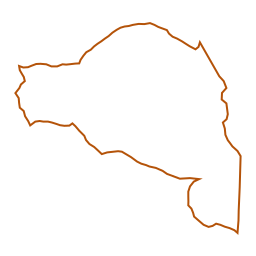 Remígio, Paraíba, Brazil
{"feature_id": "56859067B40752085564557", "entity_name": "Remígio", "entity_type": "district", "adm_level": 2, "iso_a3": "BRA", "parent_name": "Brazil", "parent_adm1": "Paraíba", "projection": "mercator", "projection_center": [-35.861, -6.94], "detail": "fine", "context": "isolated", "style": "outline", "palette": "amber", "viewbox_px": 256, "rotation_deg": 0, "n_neighbors": 0, "source": "geoboundaries", "source_scale": "gbopen_adm2", "svg_char_len": 1612}
<svg xmlns="http://www.w3.org/2000/svg" viewBox="0 0 256 256"><path d="M15.4,93.1L18.7,98.1L19.1,102.9L19.8,107.7L23.7,111.0L25.1,116.3L28.2,121.1L30.2,125.4L35.3,121.6L39.7,121.0L43.3,121.6L48.0,121.6L51.8,122.5L56.6,124.0L60.0,125.2L64.4,125.8L69.4,125.6L72.4,123.4L75.4,126.2L79.3,130.8L84.3,135.8L86.0,140.0L89.4,144.0L94.2,147.0L98.1,150.6L101.8,154.1L107.2,152.4L112.7,151.8L118.1,151.2L121.9,151.7L131.0,157.1L137.1,161.6L141.3,163.7L146.1,165.1L149.4,166.5L155.8,167.9L162.7,170.9L167.0,173.9L179.9,178.7L190.0,178.1L199.1,179.1L193.8,181.6L190.0,186.4L188.3,191.6L188.3,196.5L188.4,201.4L188.3,205.4L191.4,208.6L193.1,212.8L194.1,216.6L198.7,220.6L203.6,224.8L208.6,226.9L212.6,225.9L216.1,223.7L220.3,224.8L224.8,226.7L229.6,228.1L234.4,230.2L237.5,232.9L238.5,220.4L238.7,210.4L239.7,187.3L240.3,166.5L240.6,156.1L237.5,151.0L232.4,146.4L230.1,143.2L227.8,140.2L225.4,134.8L224.8,128.5L222.9,122.5L226.6,119.2L227.8,114.2L227.2,109.6L226.4,103.4L221.7,99.5L222.0,92.9L226.4,88.0L223.7,81.1L219.3,76.3L199.9,42.3L198.5,46.9L195.5,49.3L189.6,46.2L185.5,43.6L182.1,41.4L177.1,38.6L172.6,36.7L169.0,33.6L166.9,30.1L162.5,28.5L158.2,26.9L154.5,24.9L150.0,23.1L144.3,24.1L138.7,23.9L132.8,24.9L128.8,26.0L124.6,26.5L120.5,27.7L116.7,29.8L112.4,32.7L108.6,36.1L104.9,38.6L101.3,41.3L97.5,43.8L94.1,46.4L90.8,49.7L86.3,52.2L83.5,55.6L80.6,59.8L79.2,63.4L75.2,63.6L70.1,64.2L66.2,64.6L62.5,64.3L57.2,66.4L51.4,66.4L46.3,64.3L40.5,63.8L36.2,64.0L31.4,65.8L28.0,67.2L23.3,67.5L19.1,66.0L19.8,70.2L21.8,73.7L23.8,77.0L24.8,81.1L20.9,84.5L19.4,88.0L15.4,93.1Z" fill="none" stroke="#b45309" stroke-width="2"/></svg>